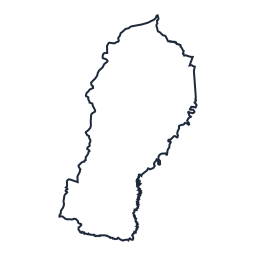 the district of Phaya Mengrai, Chiang Rai, Thailand
{"feature_id": "78962969B59548210806286", "entity_name": "Phaya Mengrai", "entity_type": "district", "adm_level": 2, "iso_a3": "THA", "parent_name": "Thailand", "parent_adm1": "Chiang Rai", "projection": "albers", "projection_center": [100.161, 19.88], "detail": "fine", "context": "isolated", "style": "outline", "palette": "slate", "viewbox_px": 256, "rotation_deg": 0, "n_neighbors": 0, "source": "geoboundaries", "source_scale": "gbopen_adm2", "svg_char_len": 5893}
<svg xmlns="http://www.w3.org/2000/svg" viewBox="0 0 256 256"><path d="M157.7,15.4L156.7,15.6L155.7,18.1L154.0,19.7L147.6,22.8L141.7,24.5L131.7,26.3L130.2,26.9L128.7,28.2L125.4,29.0L123.1,31.3L120.7,33.1L119.8,35.8L118.3,37.9L118.3,38.9L118.8,40.6L118.3,41.6L116.4,42.2L114.3,43.4L109.6,42.7L108.7,43.0L107.0,45.9L107.2,53.0L105.2,52.9L104.0,53.3L103.0,54.5L102.6,56.6L102.8,58.1L106.4,59.4L107.4,60.5L107.5,61.5L104.3,64.0L102.5,67.5L99.1,70.5L97.9,72.7L97.1,75.7L95.3,78.4L91.1,82.6L91.4,84.8L91.8,85.5L92.9,86.1L93.1,88.0L89.6,89.6L88.4,91.4L86.9,92.6L86.0,94.7L85.9,95.7L86.1,96.2L88.3,97.3L88.3,99.5L89.3,101.1L89.6,102.6L92.0,103.4L92.6,104.1L92.7,105.8L93.9,107.8L95.2,110.6L94.8,111.8L92.3,113.2L91.2,114.6L90.7,121.3L90.9,125.7L90.3,127.9L87.9,130.6L85.9,132.0L85.7,132.5L87.3,135.3L88.9,135.9L89.3,138.3L90.4,140.1L90.2,142.2L89.4,143.5L89.7,145.8L87.6,147.5L87.2,148.5L87.3,149.1L89.1,150.2L89.5,151.0L88.5,152.1L88.2,153.5L87.0,155.6L85.7,157.2L85.7,160.1L84.7,160.5L84.4,161.6L82.8,161.8L81.5,162.6L78.5,165.6L78.8,167.0L80.4,169.3L79.9,170.2L79.9,171.6L77.4,176.5L77.7,182.1L69.8,179.4L68.5,179.4L67.3,180.4L66.9,181.6L67.1,185.9L65.9,187.5L67.2,188.2L67.4,189.2L65.8,190.2L65.6,190.8L65.8,191.3L67.1,192.0L67.2,192.5L65.0,194.5L64.4,195.7L63.5,201.4L64.0,203.8L63.7,205.9L62.7,208.2L60.9,210.8L60.7,213.7L59.8,214.6L59.4,216.0L59.5,216.7L61.1,216.3L62.8,216.6L65.2,218.7L66.9,219.3L69.1,219.2L71.4,219.5L73.2,219.2L73.7,218.8L75.6,218.9L77.8,220.9L78.2,222.7L79.4,223.6L80.8,223.9L81.2,224.3L81.3,224.9L80.4,226.2L78.6,227.4L78.5,229.0L78.9,230.3L80.0,231.3L80.2,232.2L80.7,232.3L81.4,232.9L81.8,232.9L82.0,232.0L82.2,231.8L83.1,232.3L84.1,232.4L84.1,233.6L84.6,233.9L85.4,233.5L87.6,234.2L88.3,233.6L88.9,234.3L89.2,234.1L90.6,234.8L94.1,234.7L94.4,234.8L94.3,235.6L95.9,236.2L96.6,235.8L97.8,236.0L98.9,235.6L99.7,235.7L99.8,236.0L100.2,235.8L100.3,235.3L105.3,235.3L106.0,235.7L107.3,235.8L107.4,236.2L110.1,237.1L110.2,237.8L112.6,237.8L112.9,238.6L114.1,238.6L114.4,238.9L115.5,239.1L117.2,238.8L117.8,237.8L118.1,237.7L119.9,239.2L122.8,240.6L123.9,240.1L126.5,239.7L127.5,239.7L128.4,240.4L129.6,238.4L130.0,238.4L131.4,239.6L131.9,239.1L131.8,239.3L132.7,239.7L133.3,238.4L133.1,237.1L132.2,235.3L132.6,235.0L132.9,234.5L132.8,234.2L133.7,233.1L134.3,233.3L134.7,232.8L134.6,232.4L135.1,232.5L134.9,231.9L135.8,232.1L135.9,231.0L136.6,229.9L136.6,229.4L136.3,229.1L136.8,228.4L137.4,228.5L137.5,227.7L137.0,227.5L137.3,227.0L137.9,227.0L137.3,226.7L137.8,226.6L137.2,225.6L137.4,225.2L137.2,224.3L137.6,224.1L137.0,223.6L137.4,223.0L137.1,222.7L136.8,223.1L136.8,222.6L136.3,222.3L136.4,221.8L135.6,221.3L135.9,220.2L135.5,219.8L135.7,219.1L135.5,218.8L136.0,218.5L135.5,218.0L136.0,217.7L134.9,217.8L135.0,216.6L134.3,216.5L134.5,215.9L134.1,215.8L134.3,215.3L133.8,215.2L133.9,214.5L133.2,213.1L134.3,212.2L134.3,210.6L134.9,210.4L134.8,209.7L135.5,209.9L135.9,209.4L136.3,210.1L136.7,210.1L137.0,208.3L137.3,207.8L138.0,207.7L137.7,206.9L137.9,206.6L137.4,206.4L138.3,206.3L138.4,205.9L137.5,205.2L138.5,204.5L137.8,203.8L138.0,203.2L137.4,203.3L137.7,202.6L137.0,202.8L137.1,202.2L137.6,202.3L137.3,201.8L137.6,201.6L137.1,201.3L137.4,201.1L138.0,201.4L138.1,200.1L138.7,199.7L137.8,199.3L138.4,198.9L138.8,199.0L139.1,198.0L138.9,197.8L139.1,197.4L138.5,197.1L138.0,197.3L138.1,196.8L138.4,196.5L139.2,196.5L139.4,195.9L138.8,195.6L139.1,195.3L139.7,195.6L140.0,195.5L139.8,195.1L138.3,194.3L139.1,193.9L140.0,194.1L139.9,193.6L140.2,193.4L140.8,193.6L141.1,193.0L140.9,192.5L141.2,192.2L140.7,191.4L140.0,192.0L139.8,192.6L139.3,192.6L139.2,191.7L140.8,190.8L139.8,190.0L139.3,190.2L138.4,190.0L139.9,188.8L139.4,188.4L139.0,188.7L138.5,188.5L138.2,187.6L138.3,186.7L137.8,186.1L137.1,186.2L137.4,185.1L137.9,185.0L138.7,185.5L139.3,185.0L138.7,184.4L137.0,184.3L137.0,183.9L137.9,183.6L139.7,184.4L140.3,184.2L140.6,183.6L139.2,183.1L138.3,182.4L136.9,182.4L136.6,181.8L136.6,181.2L137.5,180.9L139.1,182.1L139.8,181.2L139.6,180.7L138.8,180.5L138.2,179.6L137.2,180.0L136.9,179.7L137.6,178.6L139.0,177.7L139.0,177.1L138.6,176.8L139.3,176.2L138.7,175.0L139.0,174.6L139.9,174.5L141.4,175.8L141.5,175.2L142.3,174.1L147.3,170.2L148.0,168.4L148.4,168.4L150.1,169.3L153.3,168.0L154.8,165.9L154.7,165.4L153.9,164.4L154.2,163.0L155.8,161.0L156.6,159.3L157.3,159.6L157.5,160.8L158.5,162.0L158.5,162.6L158.0,163.3L158.2,164.0L159.0,164.7L159.9,164.5L160.2,164.0L159.9,162.4L160.1,161.4L159.9,160.8L158.3,159.0L158.6,156.5L159.4,155.1L160.6,154.1L162.3,153.5L164.0,153.6L165.3,153.3L165.8,153.7L166.3,154.7L167.0,154.6L167.6,150.2L168.1,149.0L169.3,147.6L169.5,144.6L170.7,142.5L170.7,141.8L170.3,141.5L168.9,141.5L168.3,141.2L168.3,140.2L168.8,139.8L170.7,139.4L174.1,136.1L175.3,136.2L176.9,137.4L177.4,137.4L178.0,135.7L177.2,133.9L177.6,131.4L179.1,128.3L178.9,126.6L179.1,125.9L181.3,124.9L183.5,124.6L184.2,124.1L184.6,123.2L185.0,122.9L187.0,123.4L188.4,124.7L189.1,124.5L188.8,122.9L187.5,121.5L187.2,120.5L188.4,118.4L189.5,117.4L190.8,116.9L190.9,116.6L189.6,116.0L188.2,112.4L188.3,112.0L188.8,111.8L189.8,112.7L191.7,112.8L192.6,113.2L193.7,112.8L194.3,112.1L194.3,111.1L192.9,109.6L190.4,109.7L189.9,109.3L191.3,106.8L193.6,106.9L195.5,107.5L196.6,105.1L196.4,104.6L194.6,102.6L195.4,101.9L195.3,101.0L195.9,100.6L195.7,99.7L195.9,99.3L195.4,98.7L195.8,97.2L193.9,70.9L194.8,66.7L192.8,66.0L191.7,65.2L189.6,65.5L192.7,56.9L190.3,56.8L185.8,55.3L184.1,55.6L183.5,54.4L183.6,54.0L182.9,53.6L183.7,51.0L183.0,50.5L181.8,48.0L180.5,46.6L180.7,45.8L180.4,45.0L179.4,44.8L178.9,44.3L178.4,44.5L177.2,43.8L176.7,44.0L176.1,43.2L176.1,42.5L175.3,42.6L175.2,42.0L174.1,41.6L173.5,42.1L172.2,41.9L172.0,41.6L170.8,41.8L170.8,41.3L169.8,41.1L169.3,41.4L168.1,41.3L165.7,36.4L165.1,35.7L162.8,35.2L159.9,32.3L158.0,31.4L157.5,30.1L157.2,28.0L156.4,26.1L156.6,24.5L157.3,23.4L157.0,20.6L158.2,19.6L158.5,18.7L157.7,15.4Z" fill="none" stroke="#1e293b" stroke-width="2"/></svg>